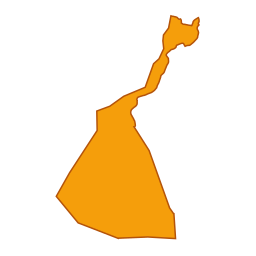 outline of L'Orangerie Road, Praslin, Saint Lucia, rotated 269°
{"feature_id": "8701671B96985788698945", "entity_name": "L'Orangerie Road", "entity_type": "district", "adm_level": 2, "iso_a3": "LCA", "parent_name": "Saint Lucia", "parent_adm1": "Praslin", "projection": "mercator", "projection_center": [-60.921, 13.856], "detail": "fine", "context": "isolated", "style": "filled", "palette": "amber", "viewbox_px": 256, "rotation_deg": 269, "n_neighbors": 0, "source": "geoboundaries", "source_scale": "gbopen_adm2", "svg_char_len": 4883}
<svg xmlns="http://www.w3.org/2000/svg" viewBox="0 0 256 256"><g transform="rotate(269 128 128)"><path d="M145.5,97.1L126.0,97.1L84.4,68.9L60.9,55.1L34.0,76.5L17.9,116.1L18.0,116.1L18.7,145.8L16.6,173.6L41.5,172.4L41.5,172.1L47.3,168.2L105.1,148.7L129.0,134.1L129.0,134.3L129.1,134.5L129.4,134.9L129.7,135.2L130.3,135.4L131.6,135.3L133.1,135.1L133.5,135.0L134.8,134.8L134.9,134.7L135.0,134.7L135.4,134.5L135.6,134.4L135.8,134.2L136.0,134.1L136.4,134.0L136.4,133.9L136.5,133.9L136.9,133.7L137.1,133.7L137.3,133.6L137.5,133.5L137.6,133.4L138.0,133.2L138.3,133.1L138.5,133.0L138.7,132.8L138.8,132.8L138.9,132.7L139.0,132.6L139.3,132.5L139.4,132.4L139.6,132.3L139.8,132.2L140.0,132.2L140.3,132.0L140.5,131.9L140.8,131.7L141.0,131.6L141.2,131.4L141.4,131.4L141.5,131.3L141.8,131.2L142.0,131.2L142.3,131.1L142.5,131.1L142.8,131.0L143.5,131.0L143.8,131.0L144.0,131.0L144.3,131.1L144.5,131.1L144.9,131.2L145.2,131.3L145.5,131.4L145.7,131.5L145.9,131.6L146.1,131.7L146.1,131.8L146.3,131.9L146.5,132.1L146.8,132.4L147.1,132.6L147.2,132.8L147.3,132.9L147.4,133.0L147.5,133.1L147.7,133.4L147.8,133.5L148.1,133.9L148.2,134.0L148.6,134.4L148.7,134.6L148.8,134.8L148.9,135.0L149.0,135.1L149.3,135.5L149.5,135.7L149.5,135.8L149.7,136.0L149.8,136.2L150.0,136.4L150.3,136.6L150.5,136.8L150.8,137.0L151.0,137.1L151.3,137.3L151.5,137.3L151.9,137.5L152.1,137.5L152.3,137.5L152.6,137.6L152.8,137.6L153.2,137.6L153.3,137.6L154.0,137.6L154.3,137.6L154.8,137.6L155.0,137.7L155.4,137.7L155.5,137.7L155.8,137.5L155.9,137.4L156.1,137.3L156.3,137.3L156.5,137.3L156.8,137.4L157.0,137.5L157.3,137.6L157.5,137.7L157.7,137.8L157.8,137.9L158.0,138.0L158.3,138.2L158.4,138.4L158.5,138.5L158.7,138.8L158.8,139.0L158.9,139.3L159.0,139.5L159.1,139.8L159.1,140.0L159.2,140.3L159.3,140.5L159.4,141.0L159.5,141.2L159.5,141.3L159.6,141.7L159.8,142.3L159.9,142.6L159.9,142.8L160.0,142.9L160.0,143.0L160.1,143.3L160.2,143.7L160.2,143.8L160.2,144.0L160.3,144.2L160.3,144.4L160.3,144.6L160.4,144.8L160.4,145.0L160.5,145.3L160.6,145.6L160.7,145.8L160.8,146.1L160.8,146.3L161.0,146.7L161.1,146.9L161.2,147.0L161.4,147.6L161.6,147.9L161.6,148.0L161.8,148.4L161.9,148.7L162.0,148.9L162.0,149.1L162.1,149.4L162.2,149.5L162.3,149.7L162.3,149.9L162.4,150.2L162.5,150.3L162.6,150.6L162.6,150.8L162.7,151.1L162.8,151.2L162.8,151.3L162.9,151.5L163.0,151.9L163.1,152.1L163.2,152.3L163.3,152.4L163.5,152.7L163.7,153.1L163.8,153.1L164.0,153.4L164.0,153.5L165.0,154.9L165.6,155.5L166.3,156.1L167.2,156.8L167.5,157.2L168.5,157.6L169.9,158.0L170.8,158.5L171.6,158.9L172.2,159.3L173.2,159.7L174.2,160.1L175.5,160.5L176.5,160.9L177.9,161.4L178.7,161.6L179.8,161.8L180.2,162.2L180.9,162.9L181.4,163.5L182.2,164.4L182.7,164.8L183.5,165.3L184.1,165.5L185.4,166.0L186.2,166.3L187.3,166.8L188.2,167.2L189.5,167.7L190.0,168.0L190.5,168.2L191.3,168.8L192.6,169.5L193.4,169.7L194.6,169.7L195.8,169.6L196.8,169.6L197.2,169.4L199.1,168.0L200.1,167.5L200.6,167.5L200.9,167.6L201.4,167.9L202.0,168.4L202.9,169.2L203.4,170.0L204.2,171.0L204.6,171.4L205.4,172.3L205.7,172.8L205.9,173.8L206.1,174.5L206.3,175.1L206.6,175.7L207.0,176.3L207.4,176.9L208.2,177.5L209.2,177.7L209.9,178.1L210.2,179.0L210.5,179.7L210.8,180.4L211.1,181.2L211.5,182.3L211.7,183.0L211.8,183.9L211.6,184.8L211.2,185.1L210.4,185.6L209.4,186.0L208.7,186.5L208.9,186.9L209.2,187.8L209.5,189.0L209.6,189.8L209.5,190.3L209.6,190.9L209.9,191.6L210.5,192.4L211.4,193.5L212.0,194.3L212.8,195.2L213.6,196.0L214.3,196.6L215.2,197.5L215.9,198.2L216.6,198.7L217.5,199.2L218.6,199.3L220.3,199.8L221.5,200.1L222.2,200.2L223.7,199.9L224.9,199.3L225.8,198.9L226.8,198.9L227.1,199.0L227.4,199.1L227.6,199.1L228.0,199.2L228.2,199.3L228.5,199.5L228.8,199.8L229.1,200.2L229.2,200.3L229.4,200.5L229.7,200.6L229.8,200.7L230.0,200.7L230.3,200.6L230.5,200.4L230.7,200.2L230.8,200.1L231.1,200.1L231.5,200.2L231.9,200.3L232.1,200.4L232.4,200.6L232.7,200.7L233.1,200.9L233.4,200.9L234.0,200.9L234.8,200.9L235.6,200.8L236.0,200.7L236.5,200.4L236.8,200.3L237.1,200.3L237.0,199.9L236.9,199.8L236.6,199.3L236.3,198.8L235.9,198.1L235.6,197.6L235.2,197.0L234.8,196.4L234.4,196.0L233.9,195.5L233.7,195.4L233.5,195.2L233.4,195.1L233.1,195.0L232.8,194.9L232.3,194.8L232.0,194.7L231.7,194.6L231.3,194.4L231.0,194.3L230.6,194.1L230.2,193.9L229.8,193.7L229.6,193.7L229.3,193.6L229.2,193.2L229.3,192.8L229.5,192.5L229.5,192.2L229.6,191.9L229.6,191.3L229.7,190.8L229.8,190.2L230.0,189.5L230.1,189.0L230.3,188.3L230.3,187.9L230.5,187.4L230.6,186.8L230.7,186.4L230.7,185.7L230.8,185.1L230.9,184.8L231.0,184.6L231.2,184.4L231.6,183.8L231.9,183.4L232.0,183.2L233.4,183.2L234.8,183.1L235.7,182.7L236.1,182.4L236.1,182.2L235.9,181.7L236.0,180.7L236.4,180.2L237.4,179.3L237.7,179.0L238.3,177.6L238.4,176.8L238.8,175.5L238.9,174.8L239.0,174.0L239.4,172.9L227.2,170.3L220.4,165.1L214.6,164.4L206.6,165.1L196.6,160.2L191.8,154.7L168.4,145.9L159.8,124.3L150.1,110.2L145.5,97.1Z" fill="#f59e0b" stroke="#b45309" stroke-width="1.5"/></g></svg>